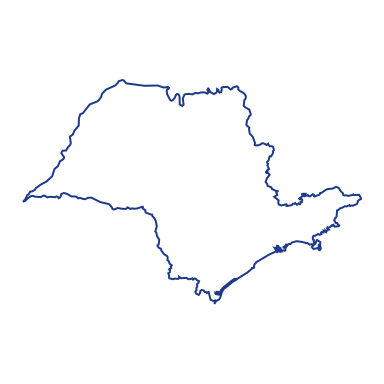 the border of São Paulo
{"feature_id": "BRA-1311", "entity_name": "São Paulo", "entity_type": "State", "adm_level": 1, "iso_a3": "BRA", "parent_name": "Brazil", "parent_adm1": "", "projection": "albers", "projection_center": [-47.634, -22.544], "detail": "fine", "context": "isolated", "style": "outline", "palette": "blue", "viewbox_px": 384, "rotation_deg": 0, "n_neighbors": 0, "source": "natural_earth", "source_scale": "10m", "svg_char_len": 5995}
<svg xmlns="http://www.w3.org/2000/svg" viewBox="0 0 384 384"><path d="M339.2,225.4L338.5,226.2L334.9,226.7L334.0,225.6L332.9,225.8L333.1,224.9L332.1,225.2L329.7,227.2L328.0,227.8L327.4,227.4L327.1,228.3L328.7,229.7L327.1,230.2L326.3,231.9L325.5,230.9L325.6,231.8L323.5,230.7L323.5,232.4L321.5,232.1L321.0,232.9L321.4,234.1L319.5,234.8L318.1,233.9L315.2,235.8L313.5,235.8L312.7,237.7L313.1,239.6L313.9,240.0L313.7,241.5L314.1,242.6L313.6,244.1L312.8,244.5L311.4,244.2L309.8,244.7L307.4,243.0L305.7,243.2L305.2,242.7L302.1,241.9L296.6,241.2L291.9,242.5L290.5,244.1L289.3,243.9L286.4,245.0L286.1,244.7L284.8,246.6L282.7,247.5L284.1,247.6L286.1,245.8L287.3,245.6L285.5,247.8L285.3,250.3L284.5,250.8L283.2,250.3L280.7,251.9L279.6,251.6L281.2,250.2L280.3,247.9L278.2,246.9L278.2,246.0L277.1,245.8L277.1,247.0L276.2,247.5L276.2,248.3L274.6,247.9L276.1,250.2L277.4,250.4L277.4,252.0L277.1,252.2L276.3,251.3L269.3,254.5L256.6,262.0L254.6,264.3L253.8,266.2L254.2,267.5L253.6,268.0L252.3,268.2L252.3,267.3L251.5,269.1L247.4,272.5L237.8,278.5L235.8,279.0L234.5,278.8L230.7,281.5L223.6,287.2L221.1,289.9L219.6,292.8L218.6,293.5L216.8,293.3L217.1,292.6L218.6,292.4L218.2,291.9L216.6,291.9L215.9,293.5L215.3,293.0L215.3,293.6L216.0,294.1L219.0,294.7L221.4,293.8L220.1,297.9L219.0,299.7L216.5,300.7L214.2,304.0L216.0,300.8L215.4,300.3L213.8,301.1L210.6,299.8L208.7,292.1L207.0,292.9L206.8,292.2L204.8,292.0L203.9,290.6L201.7,289.9L200.2,291.2L200.1,292.9L198.7,294.9L196.0,293.5L195.3,291.7L196.5,290.3L196.4,288.0L197.2,286.7L197.0,284.2L198.4,282.9L199.1,281.2L196.7,280.0L195.6,278.6L194.5,278.6L192.9,279.6L192.1,278.4L191.0,278.9L188.3,279.2L186.5,277.9L181.0,278.2L179.1,276.8L179.2,278.2L178.2,278.9L174.8,278.6L172.8,279.2L169.2,278.2L169.0,275.4L168.3,273.2L169.8,272.4L170.0,270.3L169.1,269.4L171.2,268.1L170.8,266.8L171.8,265.3L169.6,263.6L168.7,261.0L167.5,260.3L167.7,257.2L166.8,255.8L164.9,254.8L163.3,253.3L161.5,250.8L160.8,248.6L159.5,248.3L157.7,246.4L157.5,245.3L158.3,244.9L158.8,244.0L159.2,239.5L157.2,236.6L156.3,232.6L155.3,231.4L156.8,226.6L155.8,221.1L154.6,218.5L152.5,216.1L152.1,214.6L150.8,214.5L146.1,212.7L145.4,211.8L145.3,210.1L143.2,208.8L142.8,206.8L142.1,206.8L142.1,207.5L141.0,207.2L137.4,208.4L134.3,208.8L132.2,208.3L130.6,209.0L127.6,207.4L126.0,208.9L123.0,208.9L117.5,208.0L114.9,209.3L113.4,209.4L112.6,209.0L111.4,206.7L109.0,204.1L100.3,202.1L91.3,197.6L88.2,197.8L85.2,199.1L83.1,199.0L80.3,197.9L78.2,198.4L76.3,196.6L71.4,196.4L67.3,194.0L64.1,193.0L61.4,193.9L60.2,197.4L58.6,198.2L57.7,196.9L56.4,196.4L55.0,197.2L50.0,196.8L47.2,197.3L44.9,195.8L43.6,195.6L40.7,197.1L35.3,196.7L33.2,196.0L31.1,196.1L28.9,197.4L25.0,201.0L23.0,201.7L25.2,199.4L27.3,195.0L28.6,194.5L30.2,191.6L32.0,191.4L34.8,189.9L35.8,188.2L40.9,184.5L46.7,181.4L52.2,176.2L54.5,169.0L58.0,166.0L59.9,161.3L62.7,159.6L64.0,158.2L64.0,157.0L61.5,153.5L61.5,152.4L62.7,150.7L66.1,150.5L68.0,147.3L70.3,144.8L70.8,143.0L69.9,136.7L72.8,134.5L74.5,130.6L78.7,125.6L78.9,118.4L80.3,114.2L82.8,113.2L89.8,104.4L96.9,101.6L98.8,100.1L101.0,97.1L102.2,93.5L106.0,89.6L115.0,85.6L117.9,82.8L118.7,81.2L122.5,80.0L123.7,80.4L126.1,83.1L127.1,83.5L144.6,85.8L157.5,85.5L163.7,87.5L168.0,87.0L169.1,87.8L168.9,88.5L167.2,89.3L166.7,91.3L167.1,94.1L170.3,100.2L171.6,100.7L172.8,100.2L174.7,97.9L175.9,95.1L176.9,94.0L178.4,94.3L179.3,95.7L179.6,97.5L179.7,104.4L182.3,106.0L183.6,104.7L182.8,98.7L184.4,94.8L185.4,94.2L189.3,93.9L192.4,94.4L195.1,93.0L198.0,93.3L201.4,92.4L204.6,92.4L207.4,93.6L208.3,92.6L207.4,89.7L208.2,88.5L209.0,89.2L210.3,92.1L214.0,94.1L216.4,92.5L217.1,91.0L217.1,89.1L218.4,89.9L218.8,91.8L219.5,92.6L221.2,92.0L221.8,89.3L221.4,88.1L222.3,87.2L227.6,86.9L230.6,89.5L231.5,89.3L232.8,87.6L237.0,86.2L238.3,87.4L238.2,89.4L239.7,90.9L243.3,92.8L245.2,94.7L245.9,96.3L245.6,98.6L244.4,100.0L243.7,105.7L245.3,107.4L249.3,109.6L250.7,114.0L250.5,115.4L248.9,116.4L248.4,118.5L247.1,120.0L246.3,124.9L249.3,127.8L249.0,129.3L249.8,133.6L252.8,136.9L255.0,142.9L254.7,145.0L255.6,145.4L258.7,145.2L260.8,144.3L261.8,143.3L263.7,143.4L266.5,144.9L268.1,143.8L268.4,144.9L269.4,145.5L269.7,146.2L271.9,146.3L273.3,147.2L273.9,150.1L272.9,151.3L272.9,153.3L271.1,156.4L269.6,156.4L268.5,160.6L267.2,161.8L267.3,163.0L268.0,163.9L267.4,165.5L269.0,169.0L268.7,169.6L267.4,169.9L267.0,170.7L267.4,171.5L266.0,172.0L266.0,172.4L266.7,173.1L268.6,173.4L269.6,174.9L267.2,177.8L265.6,181.9L267.2,184.0L267.6,185.9L271.4,187.3L272.0,189.0L275.4,190.7L277.6,191.2L276.4,192.7L277.2,195.0L274.2,196.8L278.6,200.4L278.3,202.5L278.7,204.4L281.4,205.5L286.3,204.2L286.7,204.5L286.5,205.9L287.3,206.0L291.5,205.2L293.1,203.7L294.4,203.8L295.2,203.0L297.0,204.8L298.6,203.4L299.9,204.3L300.6,203.4L300.5,202.1L301.9,202.0L302.3,200.1L301.9,199.3L299.8,199.3L299.2,198.6L302.9,196.0L302.0,194.2L302.3,193.8L305.3,193.8L304.0,195.4L304.1,196.0L304.7,196.3L307.7,195.0L308.3,196.1L310.1,196.3L312.8,194.2L313.8,194.8L314.1,196.3L314.6,196.5L319.7,194.5L320.2,193.0L321.4,192.9L325.4,190.1L327.5,189.1L332.6,188.6L336.1,186.8L338.8,188.0L340.5,190.9L342.9,193.3L343.2,194.9L344.4,195.4L346.1,195.3L348.0,195.9L352.6,195.0L353.2,194.4L354.0,195.1L359.1,194.8L360.9,198.0L361.0,199.0L359.1,199.9L357.7,201.2L357.7,202.6L356.7,204.1L353.0,205.7L352.0,205.4L350.2,206.0L349.5,205.1L346.7,206.5L344.9,206.2L341.9,207.9L339.9,208.4L338.5,210.0L337.1,210.4L336.6,216.2L335.9,217.7L335.0,218.2L334.2,220.3L336.0,223.1L337.1,223.0L337.8,224.3L339.2,225.4ZM320.7,247.7L320.2,247.8L320.5,249.4L319.6,250.2L318.9,249.9L317.9,247.9L314.3,248.9L313.0,248.7L311.8,246.9L315.5,243.3L316.7,240.2L317.3,240.1L320.3,242.2L320.0,245.1L318.8,244.9L318.6,246.1L319.2,247.3L320.5,247.1L320.7,247.7ZM235.0,279.3L237.6,278.7L235.8,280.2L233.8,281.0L223.7,289.1L221.3,293.1L220.9,293.0L221.6,290.0L223.4,287.9L229.2,283.8L231.5,281.5L233.4,280.7L235.0,279.3ZM279.3,248.0L280.6,250.6L278.8,249.7L277.8,250.2L276.6,249.9L275.8,248.8L276.8,248.8L276.8,247.7L279.3,248.0Z" fill="none" stroke="#1e3a8a" stroke-width="2"/></svg>